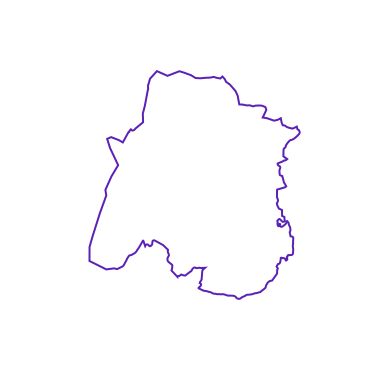 New Juaben North Municipal, Eastern, Ghana (Mercator projection), rotated 238°
{"feature_id": "2480657B95199515281033", "entity_name": "New Juaben North Municipal", "entity_type": "district", "adm_level": 2, "iso_a3": "GHA", "parent_name": "Ghana", "parent_adm1": "Eastern", "projection": "mercator", "projection_center": [-0.335, 6.145], "detail": "fine", "context": "isolated", "style": "outline", "palette": "violet", "viewbox_px": 384, "rotation_deg": 238, "n_neighbors": 0, "source": "geoboundaries", "source_scale": "gbopen_adm2", "svg_char_len": 5976}
<svg xmlns="http://www.w3.org/2000/svg" viewBox="0 0 384 384"><g transform="rotate(238 192 192)"><path d="M187.8,68.5L171.8,78.3L168.5,85.5L166.3,87.7L165.8,92.1L165.7,93.9L165.8,94.6L166.5,96.0L166.6,96.4L167.5,97.7L168.8,100.2L170.0,101.8L170.4,102.9L171.2,104.4L171.3,105.2L171.2,105.8L170.9,106.7L170.7,107.2L170.5,110.9L170.6,111.7L170.8,112.6L171.2,113.6L171.8,114.7L172.4,116.2L173.1,117.8L176.7,124.6L176.4,124.9L170.9,123.6L171.4,124.5L171.6,125.3L171.5,125.8L171.0,126.6L170.1,127.0L168.8,127.2L168.3,127.6L168.1,128.2L168.4,129.8L168.6,130.3L169.4,131.1L170.7,132.0L171.4,132.8L171.4,133.7L170.8,134.6L170.6,134.7L162.2,139.4L155.7,141.0L154.5,140.0L153.0,139.5L151.8,139.4L151.4,139.2L150.7,139.0L150.2,138.5L149.5,137.2L149.0,136.3L147.4,135.2L146.3,134.9L145.9,134.9L144.3,135.3L141.0,136.5L140.6,136.5L140.2,136.4L138.7,135.4L137.4,134.3L136.3,133.0L127.7,134.7L128.2,135.1L128.1,135.7L127.7,136.3L127.5,137.0L127.6,137.7L127.8,138.8L127.4,139.5L126.5,140.1L125.6,140.9L124.7,142.0L125.3,147.6L125.3,149.0L125.4,149.8L125.8,150.3L126.3,151.2L126.5,151.8L126.8,153.0L126.7,153.8L126.5,154.4L126.0,154.9L125.4,155.1L124.9,155.7L124.6,156.3L124.3,157.2L124.0,157.9L123.3,158.7L122.6,159.7L121.7,161.2L120.8,162.9L120.3,159.7L119.5,158.9L118.3,157.9L117.2,157.1L116.0,156.3L114.8,155.3L113.6,154.4L112.8,153.9L112.6,153.6L111.9,152.5L111.7,151.7L110.7,150.3L109.6,150.8L109.0,150.8L108.6,150.6L107.9,149.8L107.6,148.9L107.4,147.1L107.1,146.7L106.8,146.6L102.9,149.0L102.6,149.2L102.2,149.5L101.5,150.4L101.1,150.7L100.7,151.2L99.9,152.1L99.2,152.7L98.3,153.5L97.5,154.3L96.9,154.8L96.1,155.4L95.2,155.8L94.6,156.2L94.1,156.8L93.7,157.3L93.2,158.0L92.7,158.5L92.2,159.0L91.8,159.5L91.3,160.4L90.8,161.1L90.2,161.9L89.8,162.5L89.5,163.0L89.2,163.7L88.8,164.2L88.2,164.9L87.2,165.8L86.3,166.5L85.4,167.2L84.9,167.9L84.3,168.9L83.7,169.8L83.2,170.5L82.6,171.4L81.9,172.2L81.3,172.8L80.6,173.2L79.7,173.5L78.8,173.6L78.0,173.8L77.2,174.4L76.8,174.8L76.4,175.4L76.2,176.0L76.0,176.8L76.2,177.6L76.2,178.8L76.1,180.0L75.9,180.7L75.8,181.7L75.8,182.8L75.9,183.4L75.8,183.8L75.6,184.4L75.2,185.1L74.8,185.8L74.3,186.8L73.9,187.8L73.5,188.6L73.2,189.7L73.0,190.7L72.9,191.5L72.4,192.3L72.2,192.8L71.9,193.8L71.6,194.5L71.6,195.1L71.3,195.9L71.0,196.6L70.9,196.8L70.9,197.2L71.2,197.9L71.3,199.0L71.4,200.5L71.6,202.2L71.8,203.2L72.2,203.9L72.8,204.6L73.6,205.4L74.0,206.3L74.6,207.3L75.0,208.2L75.1,209.2L75.3,210.0L75.3,210.7L74.9,211.8L74.5,213.1L77.7,220.9L78.4,221.3L79.1,221.8L79.9,222.4L80.9,223.1L81.5,224.0L81.7,224.3L83.9,224.2L84.1,224.5L84.5,225.2L84.9,225.9L85.3,226.6L85.2,227.1L85.0,227.9L85.0,228.5L86.1,230.0L89.0,232.4L89.0,232.9L88.5,233.4L87.9,233.8L87.7,234.2L87.1,234.9L86.6,235.3L86.0,235.5L85.3,235.5L84.7,235.3L84.2,235.3L84.0,235.8L84.1,236.5L84.4,237.1L85.3,237.0L85.3,237.4L85.5,237.6L86.3,237.8L86.6,238.0L86.5,238.4L86.7,238.9L87.4,239.4L87.5,239.9L87.4,240.4L86.7,241.5L86.0,242.7L85.7,243.5L85.8,244.2L86.4,245.2L87.2,245.7L88.2,246.3L88.9,246.9L89.5,247.3L90.1,247.7L91.0,248.0L92.1,248.5L93.0,249.0L93.7,249.5L94.3,250.2L95.0,250.5L99.6,253.7L100.2,253.7L100.9,253.5L101.5,252.9L101.9,252.3L102.3,252.1L102.8,252.3L105.1,253.2L105.6,253.4L106.1,253.5L106.5,254.0L106.9,254.7L107.2,255.1L107.9,255.5L108.9,256.0L109.8,256.4L110.4,256.5L111.0,256.6L111.8,256.7L112.5,256.8L113.3,257.0L114.2,257.3L114.9,257.6L117.0,257.2L116.9,256.6L116.0,255.8L115.6,255.3L115.4,254.8L115.2,254.1L115.0,252.9L114.9,251.9L114.8,251.0L114.8,250.2L115.0,249.6L115.3,249.1L115.9,248.9L116.6,248.9L117.2,249.2L117.8,249.5L118.0,249.7L118.4,249.5L118.7,248.7L118.5,248.2L118.1,248.1L117.7,248.2L117.2,248.4L116.9,248.3L116.7,248.1L117.0,247.6L117.4,247.1L118.2,247.1L119.0,247.3L119.6,247.6L119.9,247.8L120.4,248.3L120.7,248.5L121.1,248.7L121.7,248.7L122.1,248.9L122.3,249.2L122.5,249.7L122.9,250.8L122.9,251.2L122.8,251.7L122.4,252.1L121.3,252.4L120.0,252.7L119.2,252.8L118.8,253.0L118.4,253.5L118.1,254.3L118.2,255.0L118.5,255.4L118.7,255.5L121.9,257.1L124.0,255.7L129.0,258.8L131.9,256.9L135.7,257.3L137.2,257.8L137.5,258.0L137.9,258.9L138.3,259.4L138.7,259.9L139.5,260.6L140.5,260.9L142.2,261.2L142.6,261.3L147.1,264.2L148.3,265.0L148.6,265.1L148.9,265.5L148.9,265.9L148.5,266.9L147.6,270.1L146.9,272.6L146.7,273.7L146.8,274.4L146.9,274.9L149.7,275.1L150.9,275.0L151.9,275.2L153.7,275.8L157.7,277.0L159.5,275.6L159.8,275.5L160.3,275.6L161.1,276.0L161.6,276.3L162.2,276.6L162.8,276.9L163.4,277.2L163.9,277.6L164.4,278.0L164.9,278.6L165.4,279.3L166.1,279.9L166.7,280.1L167.2,280.1L167.8,279.7L168.5,279.4L169.2,279.2L170.0,279.2L170.7,279.7L170.8,279.9L169.9,284.8L169.9,285.5L169.9,286.4L169.8,287.0L169.6,287.6L169.3,288.1L169.2,288.4L169.5,290.2L173.8,288.4L179.6,292.2L180.0,292.8L180.2,293.4L180.3,294.5L180.6,295.2L181.1,295.7L181.6,296.1L181.9,296.6L182.2,297.3L182.6,298.2L183.0,299.2L183.4,300.5L183.8,301.9L183.8,303.0L183.4,304.2L183.2,305.4L183.1,306.3L183.3,307.7L183.4,308.9L183.6,310.3L184.0,311.8L184.3,313.1L184.6,313.8L184.9,314.4L185.4,314.9L186.1,315.2L187.2,315.4L188.1,315.3L188.7,315.0L189.3,314.7L189.5,314.7L191.9,315.5L192.4,311.0L194.7,308.6L196.8,306.9L199.1,306.0L200.6,304.3L203.7,304.9L207.5,306.4L207.8,302.9L209.0,299.4L214.5,295.0L217.7,291.5L220.9,296.5L222.3,298.6L225.2,299.2L228.1,297.1L229.6,295.1L231.6,291.6L232.2,289.3L234.8,287.0L236.6,284.1L239.2,281.4L241.2,278.5L249.6,281.8L254.8,282.4L263.3,281.0L267.3,279.3L270.5,279.6L273.8,279.0L273.3,276.1L275.7,273.5L278.1,271.4L279.3,268.2L281.9,263.6L283.9,259.5L286.8,255.4L291.5,253.1L297.3,248.6L301.1,245.3L303.5,232.8L313.1,226.3L310.3,216.4L306.3,212.0L306.1,211.5L304.4,210.4L302.3,209.2L301.4,208.1L290.2,197.8L284.5,191.8L277.1,187.5L275.8,177.8L275.4,176.9L275.3,174.9L275.9,173.8L277.5,173.4L277.0,171.5L276.7,171.2L276.2,170.5L276.4,169.8L270.7,159.6L274.7,157.5L281.4,152.5L282.0,148.2L272.7,145.8L253.9,143.6L247.9,131.9L239.7,119.7L234.4,117.4L222.8,102.6L210.5,88.2L207.2,84.3L199.7,76.0L187.8,68.5Z" fill="none" stroke="#5b21b6" stroke-width="2"/></g></svg>